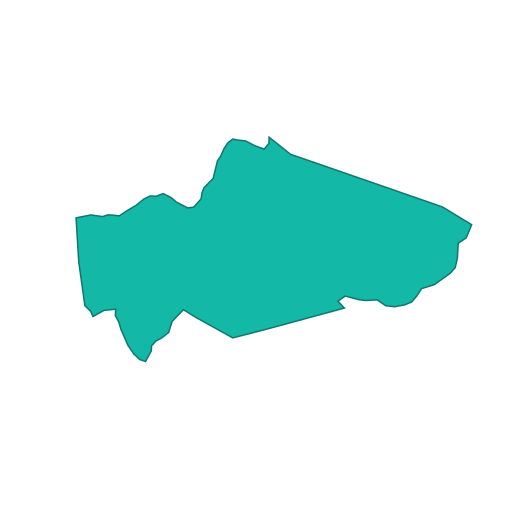 outline of Pedro Velho, Rio Grande do Norte, Brazil, rotated 306°
{"feature_id": "56859067B99924814436058", "entity_name": "Pedro Velho", "entity_type": "district", "adm_level": 2, "iso_a3": "BRA", "parent_name": "Brazil", "parent_adm1": "Rio Grande do Norte", "projection": "orthographic", "projection_center": [-35.235, -6.465], "detail": "fine", "context": "isolated", "style": "filled", "palette": "teal", "viewbox_px": 512, "rotation_deg": 306, "n_neighbors": 0, "source": "geoboundaries", "source_scale": "gbopen_adm2", "svg_char_len": 1104}
<svg xmlns="http://www.w3.org/2000/svg" viewBox="0 0 512 512"><g transform="rotate(306 256 256)"><path d="M181.1,88.0L147.0,116.1L115.3,146.7L114.0,154.9L111.2,159.7L122.7,165.0L130.5,173.8L125.1,177.2L121.9,183.9L117.3,189.8L108.4,205.0L105.0,214.5L103.9,222.7L105.7,228.6L117.6,227.1L121.9,224.3L128.3,225.0L134.1,227.8L142.8,230.3L153.7,226.6L169.9,228.8L170.7,239.8L171.3,246.3L176.1,285.3L200.6,305.6L265.8,358.1L267.6,348.9L276.0,351.7L281.1,364.8L284.4,370.8L291.7,379.8L292.0,390.1L296.3,397.8L303.9,405.1L310.4,409.0L318.2,409.6L326.9,409.1L337.8,417.2L356.4,423.3L363.7,424.0L372.6,420.2L385.2,412.1L394.2,415.4L408.1,412.1L405.3,378.2L398.3,354.9L358.5,223.9L358.9,217.9L359.8,196.8L354.8,200.2L347.3,199.9L344.5,190.1L343.0,179.9L339.1,173.2L336.9,168.4L330.7,166.7L324.1,167.0L315.9,168.8L310.6,168.8L293.6,175.7L280.8,173.8L275.4,175.1L269.9,178.0L259.0,176.9L254.8,172.6L252.8,160.2L253.4,152.9L251.9,144.2L245.6,140.1L242.5,135.2L236.2,131.8L226.2,129.1L217.3,125.2L208.2,121.8L202.5,112.2L197.8,108.8L192.0,98.1L181.1,88.0Z" fill="#14b8a6" stroke="#0f766e" stroke-width="1.5"/></g></svg>